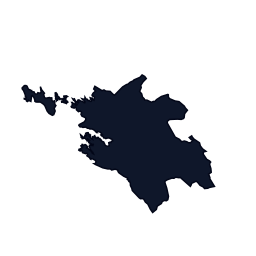 the district of Geita, Geita, United Republic of Tanzania, rotated 317°
{"feature_id": "72390352B97667671873629", "entity_name": "Geita", "entity_type": "district", "adm_level": 2, "iso_a3": "TZA", "parent_name": "United Republic of Tanzania", "parent_adm1": "Geita", "projection": "equal_earth", "projection_center": [32.048, -2.782], "detail": "fine", "context": "isolated", "style": "filled", "palette": "ink", "viewbox_px": 256, "rotation_deg": 317, "n_neighbors": 0, "source": "geoboundaries", "source_scale": "gbopen_adm2", "svg_char_len": 5660}
<svg xmlns="http://www.w3.org/2000/svg" viewBox="0 0 256 256"><g transform="rotate(317 128 128)"><path d="M88.4,206.6L93.2,206.9L96.1,205.1L100.9,206.0L102.7,205.2L104.9,205.6L106.5,207.4L108.2,207.6L111.0,205.6L115.3,198.4L117.7,193.2L118.9,192.1L121.6,192.7L125.9,194.6L127.3,196.1L129.3,196.5L131.5,199.3L132.5,199.6L133.8,213.2L135.7,212.6L136.6,211.8L141.6,213.4L141.9,215.2L141.6,219.0L142.8,222.4L142.7,224.5L145.3,226.5L147.0,227.0L151.4,229.7L153.2,221.0L154.1,220.1L155.5,216.7L158.6,217.2L161.0,214.1L162.7,210.5L164.0,209.5L165.2,209.3L165.2,207.7L164.2,204.6L165.2,198.4L166.8,197.0L169.1,198.2L168.3,194.1L168.7,190.4L170.2,187.6L168.7,181.2L168.8,178.5L169.2,177.2L166.3,176.7L166.3,179.4L167.0,181.4L163.6,181.4L162.1,179.8L161.7,178.2L160.3,175.9L157.9,174.7L157.9,171.4L156.3,166.9L160.1,151.1L161.5,149.9L164.2,150.1L170.2,155.2L172.8,158.0L175.0,158.9L176.1,158.7L179.1,156.2L183.6,155.5L183.6,152.5L184.1,150.4L183.3,143.5L180.8,140.3L178.4,134.9L178.6,133.0L180.2,131.1L180.0,130.6L173.9,127.7L168.3,126.7L165.7,126.9L164.6,125.8L162.7,125.2L160.9,120.6L159.3,119.0L159.8,117.6L159.7,115.2L161.3,112.4L161.5,109.1L165.2,107.5L166.4,105.5L170.5,104.5L175.1,104.3L175.4,101.7L174.5,98.8L171.3,99.1L165.2,96.9L163.7,97.0L160.9,96.0L157.8,95.9L156.5,95.2L152.1,94.3L140.5,94.8L140.0,92.9L139.9,89.0L136.9,85.8L136.4,83.8L134.5,83.0L132.2,74.9L129.5,76.1L129.5,78.9L126.3,78.7L124.1,79.4L123.9,80.2L124.7,82.4L122.0,84.5L121.7,83.7L122.1,82.0L121.8,82.2L121.9,81.8L121.0,80.2L119.9,83.0L119.3,83.4L118.8,83.1L117.8,80.9L117.2,80.5L117.7,80.6L117.4,80.3L117.8,79.1L117.0,78.3L117.5,76.2L116.1,77.5L115.4,76.7L114.6,76.9L114.5,79.8L113.7,80.1L113.1,79.5L112.9,77.9L111.7,75.8L111.3,74.0L110.5,73.4L109.7,73.8L109.5,75.6L108.6,75.7L108.0,72.2L108.7,70.1L107.9,69.8L107.5,68.9L107.1,70.7L107.7,71.3L106.6,74.3L106.7,76.3L105.2,76.2L105.2,73.4L104.6,72.8L104.8,71.5L104.3,71.0L103.9,72.4L103.0,72.9L102.9,73.7L101.2,73.4L100.8,74.4L102.1,76.6L102.5,76.1L103.4,76.7L103.7,78.2L102.7,79.5L102.9,82.3L103.2,82.7L102.9,81.3L103.3,82.4L104.7,83.1L104.6,85.2L103.0,85.8L102.4,87.9L103.7,90.9L103.8,92.1L102.6,93.2L100.1,93.7L94.6,92.2L93.8,92.6L93.7,94.5L94.8,95.5L95.4,96.8L97.6,98.4L98.2,100.5L99.3,101.8L99.4,102.7L101.2,104.4L101.9,106.8L101.9,109.9L102.1,110.1L102.1,109.4L103.3,109.5L104.8,112.1L104.9,114.4L105.3,114.9L104.7,114.5L104.4,115.0L103.4,114.3L103.8,114.7L103.4,114.6L103.4,116.0L104.0,116.8L103.5,118.8L104.2,119.5L104.5,120.6L106.6,121.6L107.7,123.0L108.0,124.3L108.5,124.7L108.4,126.3L108.0,127.0L106.7,126.5L105.7,127.1L105.2,126.1L103.9,125.6L102.2,128.2L100.3,127.2L99.5,125.3L100.7,121.6L99.8,120.0L100.2,118.8L100.2,117.3L99.7,117.6L99.9,116.6L100.3,116.9L99.6,116.3L99.9,114.7L99.2,114.0L98.7,114.4L99.0,113.9L98.4,114.6L97.8,114.0L98.0,112.3L97.6,112.5L98.4,110.9L97.8,110.8L97.0,111.8L96.2,110.3L94.9,111.1L94.4,112.4L93.9,111.4L94.0,108.4L94.4,109.1L94.3,108.5L94.8,108.8L95.7,107.2L95.7,106.8L95.1,106.9L95.0,106.6L95.4,106.8L95.0,105.6L95.7,104.3L94.9,103.5L93.4,103.0L92.8,104.0L92.9,104.9L92.4,105.3L91.9,105.2L91.4,104.0L90.1,105.0L89.1,104.5L88.7,100.7L88.1,101.7L88.3,102.6L87.4,102.9L87.6,103.6L87.2,104.6L89.6,106.1L89.5,108.6L90.2,108.5L90.0,108.8L91.0,108.3L91.4,110.6L90.6,110.2L90.6,109.2L90.2,108.9L90.2,110.4L91.2,110.8L89.9,110.6L89.5,111.7L90.2,111.7L89.5,112.0L90.2,112.0L90.0,112.6L89.6,112.6L89.9,115.3L90.4,114.9L90.7,115.8L90.6,115.2L90.8,115.8L91.4,116.1L91.3,116.6L90.4,117.0L88.1,114.3L87.1,115.2L85.8,118.2L85.7,121.6L85.1,123.4L84.7,122.3L85.2,118.6L85.2,117.8L84.7,117.0L84.9,115.3L84.1,114.3L84.4,114.1L84.9,114.6L85.2,114.4L84.6,114.2L85.5,114.1L85.8,112.3L85.3,110.8L83.6,110.5L83.4,109.8L83.7,109.2L83.3,108.7L82.3,109.2L81.4,108.9L81.2,109.6L81.5,110.4L81.2,110.3L81.1,111.2L79.3,110.7L78.5,112.4L78.7,113.3L78.0,115.1L79.5,117.9L80.7,118.4L80.5,119.8L79.0,120.3L79.7,123.3L79.3,124.9L79.5,125.6L80.1,125.2L81.2,126.8L82.0,129.2L81.6,131.1L79.7,131.6L78.9,131.0L79.3,132.5L82.4,139.9L85.2,144.0L87.2,145.9L87.4,147.6L90.5,149.3L91.8,151.7L91.0,153.1L90.8,154.6L92.0,160.4L93.6,164.4L92.4,165.1L92.9,167.6L92.2,167.7L92.5,169.3L90.5,171.8L89.7,174.6L88.5,176.7L88.6,186.8L88.9,188.2L90.6,189.7L91.0,190.7L90.2,194.0L90.6,197.2L88.9,202.9L88.4,206.6ZM82.7,28.5L82.3,27.3L81.1,26.3L77.9,26.5L77.3,27.3L77.1,29.5L75.3,34.1L74.6,34.6L74.4,36.3L73.4,36.5L72.3,35.6L71.9,36.1L72.9,37.6L72.2,39.0L72.4,40.0L73.1,40.2L74.0,39.6L75.1,42.3L79.2,39.0L80.2,39.0L80.0,41.5L78.9,44.0L78.1,44.9L78.4,46.2L81.6,49.3L82.1,51.3L82.5,53.4L82.3,55.3L80.4,60.6L80.2,63.5L81.3,67.1L82.8,67.6L86.3,65.9L87.4,63.3L90.6,62.4L90.6,60.9L91.7,59.4L92.4,59.1L92.7,57.8L91.1,57.6L91.2,55.9L92.8,54.0L92.5,53.6L91.7,53.7L91.8,53.0L91.3,52.1L88.1,50.1L87.8,48.6L89.3,45.8L90.6,45.6L90.9,41.2L92.1,38.0L89.0,42.4L88.4,42.8L86.9,42.0L86.2,40.7L84.5,41.1L83.7,40.4L83.3,39.3L83.9,37.5L82.5,36.0L83.0,35.1L82.6,34.9L82.7,34.0L81.6,31.7L82.7,28.5ZM99.4,54.5L99.4,53.0L98.7,52.7L98.0,53.5L98.4,54.5L97.7,54.1L97.1,54.6L97.1,55.7L96.5,55.3L95.3,57.5L95.2,56.6L94.3,59.2L95.0,58.9L95.4,59.7L96.9,58.5L97.4,58.8L97.3,60.4L98.1,60.6L98.7,58.6L98.3,57.0L99.4,54.5ZM101.8,63.9L100.4,62.1L99.5,62.7L99.6,64.1L98.4,64.2L97.7,63.1L97.1,63.9L97.7,64.3L98.7,66.3L99.6,66.1L99.3,67.3L99.6,68.0L100.7,67.2L100.9,68.0L101.6,68.1L101.9,67.2L101.2,65.3L101.8,64.1L102.5,64.0L102.3,63.3L101.8,63.4L101.8,63.9ZM105.0,62.6L102.9,60.9L102.2,61.5L102.6,63.3L103.7,63.7L104.2,63.2L105.2,63.7L105.0,62.6ZM77.8,112.4L78.0,112.1L77.8,109.6L77.4,110.7L76.9,110.8L77.3,112.2L77.8,112.4ZM114.6,76.7L114.6,75.8L114.3,75.3L114.2,76.4L114.6,76.7ZM99.2,61.4L99.1,61.0L98.6,60.9L98.7,61.3L99.2,61.4Z" fill="#0f172a" stroke="#020617" stroke-width="1.5"/></g></svg>